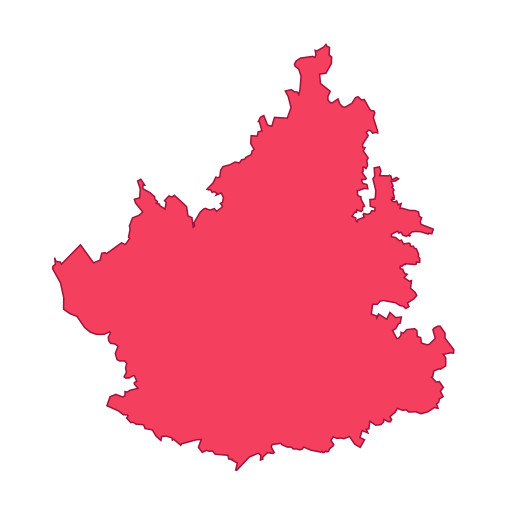 the district of Ennis Lea-7, Clare, Ireland, rotated 93°
{"feature_id": "5873133B50268153868150", "entity_name": "Ennis Lea-7", "entity_type": "district", "adm_level": 2, "iso_a3": "IRL", "parent_name": "Ireland", "parent_adm1": "Clare", "projection": "mercator", "projection_center": [-8.994, 52.844], "detail": "fine", "context": "isolated", "style": "filled", "palette": "rose", "viewbox_px": 512, "rotation_deg": 93, "n_neighbors": 0, "source": "geoboundaries", "source_scale": "gbopen_adm2", "svg_char_len": 6063}
<svg xmlns="http://www.w3.org/2000/svg" viewBox="0 0 512 512"><g transform="rotate(93 256 256)"><path d="M319.2,445.4L323.3,438.8L325.7,431.6L336.4,423.4L340.7,417.6L342.4,412.0L342.6,408.1L342.0,403.2L339.4,398.3L340.3,397.3L344.9,399.3L348.3,398.7L350.8,396.7L351.2,392.4L353.3,389.0L360.5,391.4L366.7,389.4L368.0,386.5L367.6,381.8L370.0,379.4L374.7,380.4L378.8,379.3L383.6,381.4L384.7,379.8L384.5,376.5L381.9,372.4L382.0,371.1L387.5,368.5L388.7,370.8L390.0,371.0L394.3,366.9L396.7,374.8L398.6,377.6L398.2,379.7L402.5,379.6L403.8,381.7L401.5,388.7L404.1,394.3L413.3,397.1L417.9,385.2L421.5,380.1L421.4,376.3L422.4,375.4L424.6,376.8L429.0,372.3L428.4,370.2L430.2,367.0L430.3,360.8L430.8,359.2L434.1,357.8L435.1,350.4L441.2,346.3L445.2,341.3L441.2,340.7L440.5,336.5L442.0,330.4L444.3,329.9L443.4,328.5L449.0,321.2L447.5,320.7L442.7,306.0L442.1,301.1L450.1,303.5L454.9,299.4L452.6,295.1L453.5,292.7L453.0,289.4L456.1,286.3L456.5,273.6L460.2,272.6L460.3,269.2L460.9,269.5L463.8,263.8L470.8,265.1L471.0,264.0L457.1,252.2L452.8,243.4L454.9,240.8L459.5,240.9L458.6,238.6L456.4,238.7L451.8,234.2L452.3,228.8L451.4,227.5L445.8,230.8L443.4,230.0L441.8,221.2L443.1,220.3L445.2,214.7L445.0,210.7L446.8,208.7L446.5,205.7L447.3,202.2L446.4,199.7L444.3,198.4L447.0,191.2L448.5,181.0L447.5,179.9L448.8,179.0L448.7,177.7L447.1,176.1L447.9,175.0L447.4,173.4L444.5,172.2L441.4,168.8L440.0,168.6L436.3,171.6L432.6,169.5L433.9,165.6L433.3,161.5L433.9,158.8L431.4,153.2L438.8,147.5L441.7,141.9L433.8,138.0L431.9,142.7L424.8,140.9L426.8,135.0L423.2,136.8L422.7,134.2L415.0,133.7L418.7,127.6L417.9,122.6L415.1,119.9L412.4,119.8L414.5,115.5L414.6,113.2L412.3,112.0L409.4,113.8L404.7,108.8L400.8,106.9L402.5,101.2L401.7,98.0L403.8,95.3L403.2,88.2L404.9,82.9L402.5,76.0L398.0,70.0L398.6,66.2L394.4,68.0L392.5,65.9L389.0,65.4L386.7,61.7L381.4,64.8L377.4,62.0L371.8,66.4L372.4,69.5L367.8,74.3L367.1,73.2L361.5,72.4L359.0,67.1L359.5,66.0L355.8,60.8L347.7,61.2L344.5,64.0L342.5,56.4L342.7,53.6L339.1,53.6L328.1,63.0L323.5,63.1L321.2,64.7L316.4,68.5L316.5,70.7L318.9,74.7L320.6,75.5L328.9,72.6L335.1,78.3L335.7,80.4L334.3,86.2L328.9,87.3L327.9,90.7L322.2,91.4L320.3,93.7L321.6,101.6L325.5,104.9L324.6,107.1L327.7,107.1L330.4,109.0L331.1,111.1L323.2,115.7L321.3,112.7L316.0,110.1L315.4,108.4L309.3,107.6L310.2,113.4L305.3,119.3L312.3,122.2L307.5,130.6L311.5,132.0L309.6,132.5L308.0,137.8L298.1,137.0L297.9,132.5L294.4,129.5L293.8,125.9L295.4,114.2L298.0,109.6L298.3,106.4L300.6,103.8L298.6,100.6L295.0,102.3L290.6,96.2L287.0,93.4L284.2,95.0L280.1,100.0L272.4,99.4L273.2,101.6L270.4,106.2L269.7,106.9L266.4,104.0L265.3,107.0L261.5,108.8L261.1,111.3L260.4,111.5L258.7,111.4L258.4,109.3L256.7,108.1L256.8,106.5L255.9,106.4L256.2,96.8L255.6,95.5L253.7,95.5L253.8,92.2L249.8,92.3L248.3,93.9L246.0,93.6L240.5,96.2L240.0,98.3L238.0,99.3L238.2,102.4L235.5,102.9L235.1,104.1L236.3,109.3L232.5,111.6L233.3,113.5L230.2,117.6L229.6,121.7L227.3,121.9L223.8,116.0L225.7,114.5L224.7,112.3L227.4,110.6L228.5,106.9L227.3,105.1L228.1,104.0L227.5,103.1L226.5,104.2L223.8,101.4L223.1,97.8L223.2,92.5L225.1,85.3L224.3,85.0L224.6,81.6L219.9,80.3L215.8,92.8L213.2,93.8L209.1,92.6L207.8,95.0L203.5,96.0L202.3,99.5L202.4,105.3L200.6,112.5L201.0,114.8L196.0,113.8L197.4,116.7L193.6,118.4L194.9,120.5L193.6,123.4L192.4,123.9L192.1,121.3L190.7,122.5L190.9,121.1L189.9,121.0L184.4,122.7L183.0,121.6L180.1,123.8L178.9,122.7L174.4,125.0L173.8,120.6L171.5,117.6L170.2,119.8L172.2,123.2L172.2,124.6L169.2,125.3L168.4,127.1L169.1,128.1L169.2,136.8L164.7,135.6L160.5,137.4L161.8,142.6L170.2,141.6L172.7,143.3L184.4,139.8L190.6,139.9L193.0,140.3L193.6,145.2L200.3,144.5L201.8,139.5L204.9,139.9L204.7,143.0L207.6,144.2L208.6,147.1L207.8,150.5L209.0,151.2L211.6,149.9L214.3,156.2L216.5,156.7L215.5,158.2L212.8,158.4L211.3,162.1L207.2,159.8L207.1,158.0L204.7,157.9L206.1,153.4L204.8,152.0L201.7,152.0L200.5,150.2L193.8,154.1L191.4,154.2L190.5,157.4L185.8,158.4L182.9,151.3L183.0,147.8L178.8,149.0L177.9,153.2L175.0,154.5L174.1,154.4L173.9,150.9L172.9,149.9L167.0,154.4L165.5,153.3L162.0,153.9L161.5,152.9L163.0,150.7L159.4,149.3L155.0,150.4L152.2,149.1L145.5,154.4L142.1,152.8L141.8,155.3L138.5,155.2L129.8,150.2L127.1,152.5L124.5,150.2L124.9,148.1L127.3,145.9L126.3,142.9L126.8,140.9L125.1,141.0L111.6,146.1L106.8,144.8L104.9,145.9L104.8,148.3L103.6,150.1L94.0,156.1L94.7,158.8L91.6,162.4L92.6,164.9L98.6,168.3L102.8,175.1L102.5,177.2L99.8,180.2L94.8,182.3L99.0,187.8L99.1,189.5L96.7,192.2L93.1,192.6L87.6,190.5L80.4,200.6L71.1,202.0L69.8,195.7L59.9,190.8L53.3,190.9L51.4,193.5L43.9,193.5L42.9,196.1L41.0,197.2L43.6,199.1L48.0,205.8L47.5,207.7L51.9,206.7L54.6,207.6L53.7,209.8L56.0,221.9L59.1,226.1L62.4,227.7L64.3,227.1L67.1,223.1L74.1,220.4L87.4,220.8L92.5,221.8L90.1,223.3L90.0,226.3L88.0,229.4L89.7,235.4L95.0,232.2L106.0,228.8L116.7,232.0L116.6,244.8L125.6,247.0L124.7,251.3L115.3,255.6L117.2,258.8L121.6,260.7L121.6,259.7L130.8,256.7L131.8,260.3L136.2,261.1L136.1,267.1L144.0,267.2L149.7,263.5L151.5,265.5L155.0,266.1L158.0,271.3L159.9,272.4L160.7,275.5L164.0,277.4L163.2,281.7L166.2,286.7L168.4,293.6L172.2,295.8L179.0,296.3L179.8,298.4L179.3,300.2L185.4,302.8L191.9,308.5L192.5,306.6L192.1,305.0L194.8,303.1L193.9,301.2L195.5,298.2L197.3,299.1L194.9,294.0L199.4,291.6L204.3,292.3L205.3,294.3L208.1,292.1L209.6,293.1L213.4,297.8L210.8,300.1L212.6,304.2L211.1,309.2L211.7,310.6L215.0,313.9L226.0,319.7L229.2,318.8L230.5,320.2L221.1,322.0L219.4,326.1L210.3,327.9L205.0,334.2L199.6,340.8L201.6,342.9L200.5,346.0L205.5,350.3L207.2,348.5L213.9,349.3L210.8,354.7L209.2,355.2L208.6,358.9L208.2,357.3L206.6,357.3L204.8,359.9L202.0,360.4L198.2,365.3L194.7,372.5L191.2,372.7L191.1,370.8L185.4,375.0L187.3,378.2L195.0,375.1L204.1,375.3L205.7,380.5L209.5,379.0L218.0,371.4L221.5,375.0L224.4,381.3L232.6,384.0L236.2,383.2L243.9,384.3L245.3,383.1L250.8,386.8L251.4,387.5L249.8,390.9L261.4,405.3L260.6,407.0L261.3,410.2L268.3,411.5L271.3,417.9L254.0,431.9L274.3,449.8L272.3,451.1L271.7,455.6L268.2,457.0L274.7,455.9L277.0,458.3L279.4,458.4L292.9,449.9L307.7,445.8L319.2,445.4Z" fill="#f43f5e" stroke="#9f1239" stroke-width="1.5"/></g></svg>